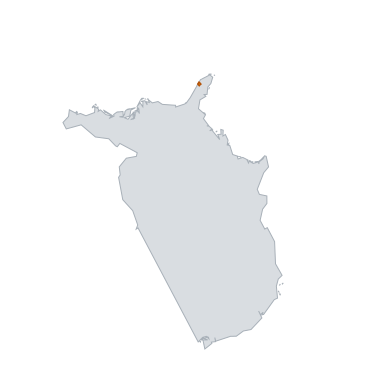 location of St. Lucie, Florida, United States of America, rotated 229°
{"feature_id": "52423323B58883260045522", "entity_name": "St. Lucie", "entity_type": "district", "adm_level": 2, "iso_a3": "USA", "parent_name": "United States of America", "parent_adm1": "Florida", "projection": "albers", "projection_center": [-80.381, 27.382], "detail": "fine", "context": "in_parent", "style": "filled", "palette": "amber", "viewbox_px": 384, "rotation_deg": 229, "n_neighbors": 0, "source": "geoboundaries", "source_scale": "gbopen_adm2", "svg_char_len": 3993}
<svg xmlns="http://www.w3.org/2000/svg" viewBox="0 0 384 384"><g transform="rotate(229 192 192)"><path d="M296.9,155.2L315.4,152.4L322.1,138.5L329.1,140.2L330.0,148.3L334.5,153.4L327.5,156.1L327.3,157.7L326.0,155.9L324.5,159.3L319.1,162.0L315.9,170.6L319.3,174.0L321.4,173.4L320.7,171.8L321.4,172.5L321.7,174.3L315.7,175.9L314.4,174.1L314.0,176.8L306.9,177.8L301.7,181.5L302.2,179.5L301.7,178.3L300.4,182.9L301.9,183.7L301.6,187.6L298.1,192.7L294.2,189.8L296.4,186.6L293.9,188.8L295.0,192.3L296.7,194.2L297.0,196.4L292.7,204.7L293.9,199.6L290.2,194.9L292.4,189.7L288.9,191.4L290.3,198.8L286.8,196.7L285.6,196.9L286.7,194.5L286.6,193.8L285.5,195.7L285.4,197.3L290.8,200.1L289.6,201.4L287.2,198.9L286.3,198.5L289.3,201.5L290.6,202.1L289.9,204.0L288.3,202.6L290.9,205.4L290.2,205.8L289.0,204.4L285.7,203.8L289.8,206.5L292.4,206.3L295.1,213.2L292.7,207.9L293.5,211.4L288.6,210.8L292.2,214.1L293.9,213.1L291.8,216.3L287.1,215.3L290.0,216.9L287.6,218.5L290.5,219.6L285.3,220.5L282.6,225.7L277.6,227.1L268.2,236.5L266.9,235.4L263.3,244.0L262.9,246.1L264.4,252.6L271.2,272.0L268.7,282.3L265.0,282.9L261.5,277.4L260.9,272.8L255.8,267.4L257.6,265.1L255.1,265.2L256.3,258.4L250.6,251.5L241.4,252.8L239.9,248.8L231.0,248.1L232.2,246.6L230.5,248.0L226.4,248.5L226.6,245.5L225.8,247.6L213.4,247.3L218.5,249.2L216.5,251.8L220.3,254.8L218.2,256.1L214.0,252.1L213.5,254.9L207.5,253.2L204.4,249.4L202.2,251.0L193.6,247.3L188.0,250.6L189.4,249.7L186.7,248.4L184.8,253.0L178.9,255.4L180.3,254.6L176.8,253.7L177.9,255.4L173.4,256.9L171.1,261.9L169.3,260.8L170.7,262.5L170.4,267.4L171.7,270.5L170.3,271.4L160.7,266.2L159.5,258.8L151.2,243.0L146.0,241.3L139.9,245.9L134.2,241.0L132.7,234.0L125.9,224.8L116.3,222.6L115.7,225.4L100.4,221.8L83.0,207.9L70.0,205.3L69.7,200.0L65.6,193.9L55.8,186.9L56.8,183.5L52.6,165.7L53.4,164.2L54.6,166.8L54.5,163.2L58.5,164.2L51.1,162.1L49.5,146.3L53.4,139.6L54.1,130.8L57.8,126.4L63.8,112.1L67.2,113.7L63.6,111.6L66.0,108.1L64.7,107.7L65.1,98.7L73.2,103.2L70.1,106.8L73.8,104.8L72.4,108.3L70.1,108.4L71.5,109.1L73.6,108.2L75.3,104.7L74.8,98.3L200.3,127.7L200.6,125.5L202.7,129.4L216.8,135.0L231.6,134.7L251.2,146.2L252.0,149.0L258.7,153.6L260.6,164.6L255.4,173.4L257.6,176.4L276.0,169.4L275.2,165.3L276.9,164.6L286.8,164.1L296.9,155.2ZM309.1,179.6L312.2,178.9L301.5,182.2L310.3,178.4L309.1,179.6ZM74.3,102.0L74.7,104.7L74.5,105.0L73.5,102.7L74.3,102.0ZM171.6,269.7L170.9,265.2L171.3,262.8L171.1,265.4L171.6,269.7ZM328.3,156.3L328.4,157.6L327.9,157.4L328.3,156.3ZM204.4,250.6L204.5,251.7L203.6,250.8L204.4,250.6ZM58.8,192.0L60.2,191.9L60.3,192.1L58.8,192.0ZM57.6,191.2L56.9,191.7L56.6,191.0L57.6,191.2ZM318.5,175.9L317.7,176.8L317.5,176.6L318.5,175.9ZM172.4,260.7L171.3,262.5L173.7,259.0L172.4,260.7ZM269.2,265.6L270.5,269.5L268.9,265.3L269.2,265.6ZM64.3,197.1L64.6,198.3L64.2,197.2L64.3,197.1ZM269.3,282.9L268.1,284.1L270.0,281.5L269.3,282.9ZM295.6,215.6L294.4,217.1L295.3,213.5L295.6,215.6ZM73.8,99.8L73.6,100.4L73.2,99.9L73.8,99.8ZM177.8,256.2L175.7,256.8L177.9,255.9L177.8,256.2ZM321.4,176.1L321.4,177.0L320.5,176.8L321.4,176.1ZM63.5,199.9L63.5,201.2L63.2,199.9L63.5,199.9ZM175.2,257.5L174.3,257.9L175.1,257.2L175.2,257.5ZM296.6,198.0L295.4,200.0L296.8,197.3L296.6,198.0ZM187.3,251.4L185.9,252.0L187.9,250.9L187.3,251.4ZM263.5,245.0L263.2,246.6L263.1,245.5L263.5,245.0ZM290.9,219.9L290.5,220.2L291.7,219.0L290.9,219.9ZM244.7,252.6L243.1,253.4L242.5,253.2L244.7,252.6ZM225.9,248.2L225.6,248.4L224.7,248.3L225.9,248.2ZM259.2,272.9L259.4,274.0L258.9,272.7L259.2,272.9ZM221.8,250.1L221.5,251.1L221.5,249.3L221.8,250.1ZM265.7,285.5L264.8,285.7L266.0,285.3L265.7,285.5ZM301.3,188.3L300.8,189.2L301.4,187.8L301.3,188.3ZM293.5,217.4L293.0,217.8L292.9,217.8L293.5,217.4Z" fill="#d9dde1" stroke="#a8b0b8" stroke-width="1"/><path d="M267.5,267.2L267.6,267.7L267.6,269.5L268.7,269.5L269.6,269.5L269.8,269.5L269.8,269.1L270.3,269.1L270.2,268.7L270.0,268.3L269.9,268.1L269.8,267.5L269.7,267.5L269.7,267.4L269.6,267.2L267.5,267.2Z" fill="#f59e0b" stroke="#b45309" stroke-width="1.5"/></g></svg>